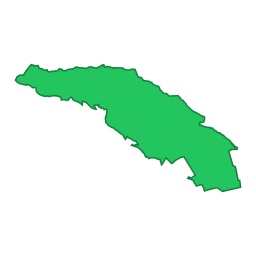 Cricau, Alba, Romania (Natural Earth projection)
{"feature_id": "2599482B70766951502977", "entity_name": "Cricau", "entity_type": "district", "adm_level": 2, "iso_a3": "ROU", "parent_name": "Romania", "parent_adm1": "Alba", "projection": "natural_earth1", "projection_center": [23.516, 46.19], "detail": "fine", "context": "isolated", "style": "filled", "palette": "green", "viewbox_px": 256, "rotation_deg": 0, "n_neighbors": 0, "source": "geoboundaries", "source_scale": "gbopen_adm2", "svg_char_len": 5686}
<svg xmlns="http://www.w3.org/2000/svg" viewBox="0 0 256 256"><path d="M37.1,65.6L35.3,66.0L34.4,65.6L33.4,65.1L33.2,65.4L32.6,65.1L32.2,65.2L31.3,64.6L29.5,66.4L29.2,67.0L27.9,68.6L27.9,69.0L27.0,69.8L27.0,70.1L26.2,70.7L26.3,71.0L25.6,71.5L25.5,72.0L24.8,72.9L24.7,73.4L24.6,73.7L23.9,74.1L23.7,74.5L23.7,74.9L23.6,75.1L23.2,75.2L21.7,75.0L20.2,75.1L19.4,75.4L17.2,76.8L16.7,77.4L16.2,78.8L15.7,79.4L15.4,80.3L16.4,81.3L16.8,81.8L17.9,82.5L18.8,83.2L20.1,83.8L21.1,83.8L23.1,84.5L24.5,84.7L25.8,85.1L26.1,85.1L27.4,84.5L28.6,85.2L29.3,85.4L30.1,85.5L30.5,85.7L32.1,87.3L32.7,87.7L33.1,87.8L35.2,87.6L35.7,87.8L36.0,88.0L36.2,88.7L36.1,90.3L36.2,91.0L36.9,92.1L37.4,92.5L37.7,93.0L38.3,93.5L39.1,94.4L39.7,94.5L41.7,95.5L42.5,95.5L43.4,96.1L45.6,96.3L47.3,96.0L48.5,96.4L49.1,96.5L50.0,96.4L51.3,96.0L53.5,95.8L53.9,95.6L55.3,95.7L55.7,95.9L56.1,95.7L56.5,95.9L56.9,95.7L57.2,96.0L57.5,96.0L57.8,96.2L58.4,96.1L58.7,96.4L59.9,96.8L60.2,97.1L61.0,97.9L61.1,99.0L61.4,100.1L62.7,99.6L64.9,99.8L67.2,100.4L68.2,100.1L70.0,97.7L71.3,97.2L71.7,97.6L73.1,99.8L73.5,99.9L74.1,100.4L74.7,100.8L76.7,101.3L77.5,102.0L79.1,102.4L82.4,105.0L82.5,101.2L85.8,102.2L88.3,104.4L88.9,105.3L91.8,107.9L94.8,109.1L96.1,109.2L94.0,105.4L95.8,105.2L97.4,105.1L98.0,104.8L98.2,104.5L98.7,104.3L98.8,104.3L98.9,104.7L98.6,105.8L98.4,106.4L98.6,106.9L99.6,106.9L99.8,107.0L100.1,107.3L100.5,107.8L101.0,108.2L101.3,108.3L101.5,108.3L101.8,107.9L102.6,107.9L102.9,108.1L104.0,109.2L104.2,109.7L106.4,109.0L106.9,109.6L107.0,110.2L106.7,111.9L106.7,113.7L106.1,115.8L105.6,116.8L105.5,117.4L105.4,119.8L105.7,120.4L105.8,122.0L105.9,122.6L106.3,123.0L106.7,123.3L107.9,124.6L108.2,125.3L108.9,125.8L112.1,127.6L113.7,128.0L114.8,129.3L116.6,130.5L118.0,131.1L118.4,131.9L119.1,132.5L122.4,134.6L123.1,135.1L123.5,135.6L123.7,136.9L123.8,137.2L124.2,137.7L124.5,137.8L125.0,138.5L125.1,138.9L125.5,139.4L125.9,138.8L126.5,137.4L126.8,136.4L127.1,136.5L127.8,137.4L129.7,138.4L130.6,138.6L131.5,139.2L132.3,139.9L134.0,140.8L135.0,141.1L135.5,141.0L135.9,141.2L136.3,142.0L138.2,144.2L138.4,144.6L138.4,144.9L137.3,144.7L135.7,144.6L135.7,145.2L135.1,145.4L134.2,145.4L133.6,145.2L132.5,144.4L132.4,144.4L132.4,144.6L132.2,144.9L131.6,145.2L133.3,146.0L134.6,146.3L137.3,147.2L138.8,148.1L140.0,149.1L141.2,150.4L142.6,151.6L142.4,151.7L142.5,152.3L143.6,152.9L144.4,153.8L144.9,155.3L145.3,155.7L145.4,156.3L145.9,157.1L146.1,157.1L146.6,156.6L147.8,157.5L148.5,158.4L148.8,158.6L150.1,158.1L150.4,157.8L151.9,157.7L152.5,157.8L155.3,158.0L156.5,158.6L157.3,158.8L157.9,159.3L160.0,159.3L160.1,159.8L160.2,160.5L160.8,162.3L161.1,163.1L161.3,163.8L161.3,164.3L161.6,164.9L162.7,163.5L164.4,160.7L165.9,157.9L169.3,161.1L171.1,163.1L171.7,163.5L172.3,163.2L173.9,162.0L174.9,160.9L176.0,160.0L177.3,159.4L180.5,157.6L183.8,156.6L188.1,163.5L192.8,171.2L193.8,172.7L195.2,175.2L191.2,178.1L188.7,176.9L187.7,178.3L190.9,179.4L192.3,180.0L192.8,180.3L193.6,181.1L194.2,182.7L195.6,184.5L196.3,186.0L201.6,184.5L203.0,186.6L203.4,187.4L204.5,191.0L209.1,189.6L216.0,187.8L217.1,187.9L217.9,188.3L221.1,190.3L221.9,191.1L222.7,191.4L240.6,187.2L239.7,180.4L238.1,180.2L235.4,166.8L232.9,165.6L228.8,151.1L231.5,149.6L231.5,149.4L237.1,149.4L237.2,147.5L236.9,147.5L236.5,147.3L236.0,147.3L235.9,147.0L235.9,146.8L235.8,146.7L234.7,147.2L234.6,146.8L234.2,146.7L234.4,145.7L234.2,145.4L233.9,145.2L233.6,145.7L233.0,145.0L232.8,144.3L232.4,144.7L232.2,144.5L232.1,143.8L231.4,143.3L231.7,143.0L231.4,142.6L231.1,142.4L230.1,140.9L229.1,139.9L226.8,138.6L225.6,137.4L224.4,136.6L223.9,135.8L223.8,135.4L223.5,135.2L222.7,135.3L221.9,134.6L221.7,134.6L220.9,133.7L219.9,132.8L219.2,132.8L218.7,132.6L218.4,132.9L217.3,132.3L216.6,131.4L216.1,131.1L215.9,130.8L215.4,130.6L215.0,130.7L214.5,130.4L214.3,130.1L213.9,129.7L213.6,129.3L212.6,128.5L212.5,128.1L211.6,128.0L210.9,128.2L210.7,127.8L210.2,128.2L210.0,127.7L209.7,127.5L208.5,127.4L205.1,126.8L204.9,126.9L204.6,126.6L203.7,126.5L202.8,126.0L202.5,126.1L202.4,126.0L202.3,125.7L201.9,125.7L201.4,125.3L200.8,125.1L200.0,125.0L200.0,124.6L199.3,124.6L199.6,123.3L200.1,122.1L201.1,122.6L201.9,122.6L203.8,121.9L204.3,120.5L204.6,118.5L204.6,117.7L204.0,117.1L204.2,116.8L200.9,115.5L196.4,112.7L195.7,112.3L195.1,112.2L192.8,111.0L190.6,109.1L188.8,107.3L187.6,106.5L187.1,105.8L186.3,104.3L185.7,103.4L184.5,102.3L183.1,100.4L181.0,99.6L180.4,98.0L178.7,96.4L178.0,95.6L176.0,95.8L174.4,95.8L169.7,96.1L169.3,96.0L167.8,94.9L166.6,93.5L165.0,93.6L163.5,93.3L161.7,91.2L160.4,90.1L159.9,89.2L159.2,87.1L158.1,86.2L155.1,85.3L152.9,84.2L151.9,82.7L148.5,81.1L148.1,81.2L147.6,81.2L145.3,80.7L144.2,80.7L143.8,80.6L143.2,80.3L142.9,79.9L142.9,79.5L142.2,78.8L141.6,77.6L138.1,77.0L135.5,70.5L135.0,69.4L133.2,69.1L132.2,69.1L129.3,70.0L129.0,70.2L127.4,70.1L124.6,69.4L123.3,68.3L121.8,67.9L112.6,67.8L110.2,67.0L107.6,66.5L106.0,66.7L104.9,67.2L103.9,66.4L103.6,66.0L104.1,65.7L103.7,65.4L103.9,65.0L103.7,64.7L103.3,64.9L101.2,65.4L99.8,66.6L97.1,67.8L96.0,68.0L95.4,68.1L93.8,67.5L91.9,67.2L91.0,66.8L90.1,66.8L89.6,66.9L87.6,67.7L86.3,68.4L84.2,68.3L84.1,68.2L82.2,67.8L81.0,67.8L80.3,67.9L77.3,67.3L76.5,66.9L74.9,67.6L73.5,68.6L73.0,68.8L72.4,69.0L71.1,69.1L70.2,69.0L68.1,69.6L67.2,69.6L66.9,70.0L65.7,70.8L63.4,70.7L62.0,70.3L62.3,69.8L62.1,69.6L61.5,69.3L61.0,69.3L59.7,68.7L59.5,69.2L58.8,69.2L58.2,70.0L58.2,70.4L57.6,70.7L56.7,71.0L55.7,71.0L55.2,70.8L54.8,71.2L52.3,71.5L51.8,71.2L49.0,72.0L48.2,71.7L47.8,71.5L47.4,70.9L47.6,70.8L47.6,70.6L47.4,70.2L47.1,69.8L46.6,69.7L45.9,70.2L45.4,70.3L43.7,70.0L43.2,69.4L41.8,68.7L40.1,68.7L39.8,68.4L39.4,68.3L38.9,67.5L38.2,65.7L37.1,65.7L37.1,65.6Z" fill="#22c55e" stroke="#15803d" stroke-width="1.5"/></svg>